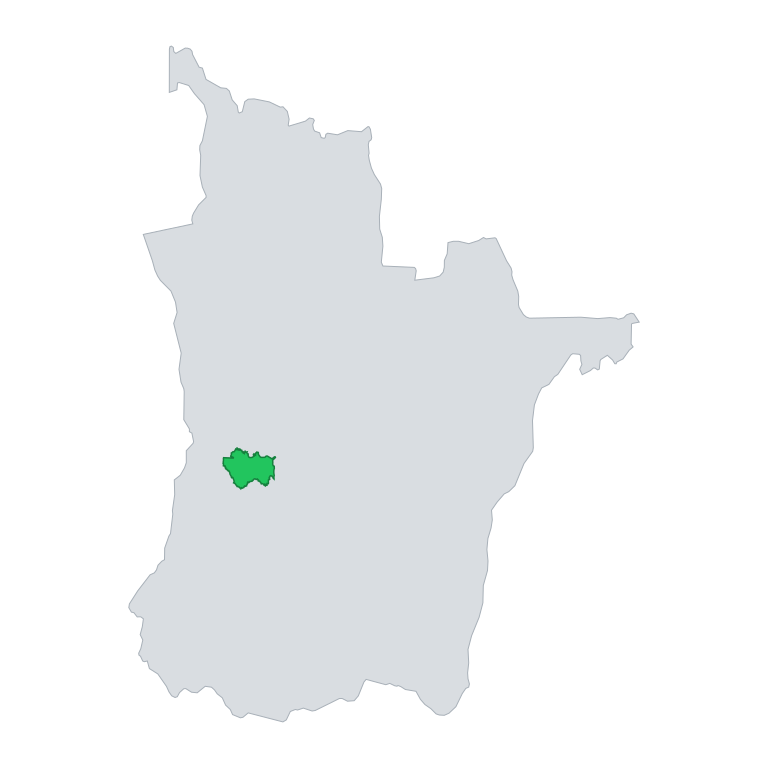 location of Punia, Maniema, Democratic Republic of the Congo, rotated 180°
{"feature_id": "63176286B1925057871065", "entity_name": "Punia", "entity_type": "district", "adm_level": 2, "iso_a3": "COD", "parent_name": "Democratic Republic of the Congo", "parent_adm1": "Maniema", "projection": "equal_earth", "projection_center": [26.813, -1.707], "detail": "fine", "context": "in_parent", "style": "filled", "palette": "green", "viewbox_px": 768, "rotation_deg": 180, "n_neighbors": 0, "source": "geoboundaries", "source_scale": "gbopen_adm2", "svg_char_len": 9077}
<svg xmlns="http://www.w3.org/2000/svg" viewBox="0 0 768 768"><g transform="rotate(180 384 384)"><path d="M624.7,533.6L575.2,544.1L576.2,547.9L575.7,551.8L574.4,554.9L569.4,563.1L561.9,570.6L561.9,572.4L565.6,580.9L568.0,592.4L567.3,612.7L568.3,618.2L568.1,622.4L565.6,627.2L560.6,651.6L563.9,663.3L573.6,674.4L579.3,682.5L588.9,685.5L590.5,685.0L591.1,678.2L598.7,675.6L598.6,718.9L598.0,721.4L596.6,721.9L594.7,720.5L594.2,716.4L592.2,714.6L582.8,719.9L580.4,719.8L577.8,718.9L576.0,716.7L575.4,713.4L568.9,700.8L565.6,699.9L562.0,688.6L547.3,680.2L541.6,679.6L538.7,677.0L535.8,668.1L530.8,662.3L529.7,655.9L528.8,655.0L525.7,656.3L523.2,666.4L519.8,668.8L513.8,669.1L498.7,666.1L487.8,660.9L485.0,661.2L480.7,656.6L478.9,648.8L479.8,642.8L479.0,641.9L462.5,646.9L458.6,650.0L454.8,649.2L453.7,647.6L455.3,643.4L454.5,638.9L453.3,636.9L448.4,635.2L446.8,630.4L443.8,629.7L442.8,630.4L442.1,633.7L440.3,634.8L430.5,633.2L420.2,637.4L406.5,636.3L400.0,641.4L399.0,641.2L397.6,638.7L396.3,630.4L396.9,628.2L399.0,626.6L399.7,623.2L398.9,614.7L399.5,612.7L398.7,607.7L396.6,599.9L393.7,593.5L387.5,583.9L386.3,579.4L386.7,568.6L388.6,551.6L388.3,538.9L385.7,530.7L385.1,521.8L386.7,505.8L385.1,502.0L353.7,500.6L352.4,499.4L351.8,497.2L353.2,487.8L334.1,490.2L328.3,492.0L324.8,495.9L323.7,500.7L323.6,507.6L320.8,514.2L320.0,525.4L314.7,526.7L309.4,526.7L299.2,524.3L289.3,527.5L284.5,530.5L281.9,529.1L273.0,530.2L271.8,529.4L261.5,507.3L256.9,499.9L256.0,496.3L256.3,492.9L255.0,488.3L250.2,476.9L249.3,471.6L249.5,463.3L248.9,460.5L244.6,453.4L241.7,451.0L238.6,449.8L187.3,450.8L170.3,449.4L158.0,450.4L151.7,449.8L150.0,448.7L144.3,450.2L141.4,453.2L136.9,454.8L134.2,454.1L128.8,445.9L136.0,444.5L136.5,443.7L136.9,423.9L134.9,421.1L138.8,417.8L145.0,409.1L151.1,406.0L151.9,404.2L153.2,404.3L155.4,408.0L160.7,412.7L167.2,408.5L167.9,407.3L168.7,398.9L170.3,398.1L173.1,400.0L174.7,400.0L177.5,397.5L185.8,393.3L188.3,398.7L186.1,403.6L187.1,407.1L187.4,412.5L188.7,413.7L195.3,414.3L197.2,413.0L210.2,393.6L213.6,391.3L219.1,383.6L226.3,380.1L229.5,374.0L233.6,363.1L235.5,347.5L234.7,320.3L235.3,316.7L244.0,304.5L253.1,282.3L259.2,276.4L263.8,274.1L270.8,266.0L276.5,257.8L275.7,248.0L277.0,239.8L280.1,229.5L281.1,218.5L280.0,207.0L280.5,197.5L284.7,182.5L285.1,165.2L288.9,150.7L296.4,132.3L300.0,118.6L299.3,105.0L300.4,95.1L300.0,89.2L298.6,84.1L299.3,80.9L302.2,79.6L305.7,74.5L312.1,61.3L319.0,54.8L323.7,52.7L328.7,53.0L331.9,54.1L337.1,59.3L343.1,63.5L347.6,68.7L352.0,76.7L362.6,78.5L367.2,81.4L370.0,82.5L371.0,81.8L373.2,82.2L378.2,84.6L382.2,83.3L401.9,88.6L404.1,85.9L409.7,72.1L413.8,67.3L420.5,66.8L425.8,69.5L428.6,69.5L452.8,57.5L455.9,57.0L464.7,59.9L470.4,58.0L472.7,58.5L477.7,56.5L481.7,48.1L485.1,46.1L519.8,55.1L525.1,50.7L527.6,50.2L535.4,53.4L537.7,58.5L542.4,62.9L545.7,70.2L550.8,74.2L553.5,78.1L556.5,80.8L562.8,81.7L570.8,75.2L576.5,75.8L582.2,79.4L584.2,79.3L588.5,75.4L590.7,71.3L592.9,70.5L596.3,72.2L599.0,76.1L601.5,81.6L610.2,94.1L618.6,99.4L620.7,107.0L623.7,106.3L625.3,107.0L627.5,111.8L629.0,112.8L629.3,114.8L627.2,119.3L625.2,128.0L627.8,133.4L625.7,141.2L624.6,149.2L627.3,151.2L630.8,151.1L634.1,155.3L636.6,155.9L639.2,160.4L638.6,164.1L630.3,177.1L617.9,193.2L613.7,195.1L611.5,198.1L610.0,202.8L606.3,206.7L603.5,208.3L603.3,219.9L599.1,231.9L597.5,234.4L595.2,253.9L595.6,257.3L593.3,273.3L593.7,288.1L587.7,292.8L583.5,300.1L581.7,305.2L581.7,317.3L574.9,324.7L574.4,326.4L576.1,334.9L578.6,336.3L578.6,339.1L584.2,348.3L583.8,376.5L584.2,379.3L587.0,385.9L589.0,398.7L586.8,414.9L594.3,444.6L590.9,455.5L592.5,465.9L597.0,476.9L607.6,487.6L610.4,492.0L613.1,498.0L615.6,507.2L624.7,533.6Z" fill="#d9dde1" stroke="#a8b0b8" stroke-width="1"/><path d="M521.0,316.0L521.3,315.9L521.7,315.9L521.8,315.9L522.1,316.1L522.3,316.0L522.4,316.4L522.6,316.5L522.7,316.8L522.9,316.8L522.9,316.6L522.7,316.5L522.8,316.3L522.9,316.2L523.0,316.1L522.8,315.9L522.9,315.7L523.1,315.7L523.2,315.4L523.5,315.2L523.6,314.9L523.7,315.1L523.7,315.4L523.8,315.6L524.0,315.8L524.1,315.7L524.0,315.3L523.9,314.9L524.0,314.7L524.3,315.0L524.5,315.6L524.7,315.3L524.8,315.2L524.9,315.5L525.1,315.7L525.1,316.1L525.4,316.3L525.6,316.2L525.6,316.4L525.7,316.6L526.1,316.7L526.2,317.1L526.2,317.5L526.3,317.8L526.5,317.8L526.6,317.5L526.9,317.7L527.0,317.6L527.4,317.8L527.7,317.8L527.5,318.3L527.7,318.7L527.9,318.8L527.9,318.7L527.9,318.4L528.3,317.9L528.5,317.9L528.7,318.0L528.5,318.6L528.7,318.4L528.8,318.3L529.0,318.4L529.1,318.1L529.3,318.2L529.2,318.7L529.2,318.9L529.3,319.0L529.4,318.9L529.4,318.5L529.5,318.3L529.7,318.2L529.8,318.1L529.9,318.3L529.6,318.5L529.8,318.7L529.9,318.3L530.0,318.3L530.0,318.9L530.1,319.0L530.2,318.8L530.3,318.7L530.7,318.9L530.7,319.3L530.7,319.8L530.8,320.0L531.0,320.0L531.0,319.9L531.0,319.4L531.1,319.2L531.3,318.9L531.4,318.6L531.5,318.4L531.8,318.5L531.8,318.9L532.1,318.9L532.3,319.0L532.5,318.5L533.1,317.3L534.0,316.2L534.5,316.2L534.9,316.3L535.5,315.9L535.9,315.4L536.7,315.0L536.7,314.6L536.5,314.1L536.7,313.3L537.1,312.3L537.3,311.7L537.2,311.5L536.8,311.3L536.2,311.3L535.1,310.8L534.7,310.5L534.6,310.2L534.8,309.9L544.4,310.3L544.6,309.4L544.5,308.0L544.5,307.6L544.7,306.8L544.7,305.7L544.8,305.5L544.8,305.3L544.7,305.0L544.9,304.6L544.7,304.4L544.5,304.1L544.6,302.8L544.6,302.6L544.4,302.7L544.3,302.4L544.1,302.0L543.9,301.9L543.7,301.9L543.3,302.1L543.2,302.0L542.9,302.0L542.8,301.7L542.8,301.3L542.6,301.1L542.6,300.9L542.8,300.4L542.7,300.3L542.6,300.2L542.5,299.7L542.2,299.8L542.2,299.7L542.2,299.4L542.1,299.1L541.9,298.9L541.3,298.9L541.1,298.7L541.1,298.4L540.8,298.3L540.6,297.9L540.3,297.8L540.1,297.4L539.9,297.5L539.8,297.4L539.6,297.1L539.3,297.2L539.2,297.0L539.1,296.8L538.7,296.6L538.7,296.1L538.5,295.9L538.4,295.8L538.2,295.4L538.2,295.2L538.2,294.9L537.9,293.6L537.2,292.4L536.9,292.0L536.8,291.6L536.7,291.0L536.6,290.7L536.1,290.2L535.6,290.7L535.4,290.7L535.1,290.4L533.9,287.1L533.8,286.7L533.9,286.4L534.4,285.2L534.1,285.1L533.8,284.8L533.5,284.9L533.3,284.9L532.9,284.2L532.5,284.0L532.3,283.7L532.1,283.2L531.7,282.7L531.0,281.8L530.9,281.5L530.7,281.5L530.5,281.8L530.3,281.8L529.7,281.1L528.9,281.0L528.6,280.8L528.4,280.3L528.3,280.2L528.1,280.0L527.4,279.9L527.3,279.7L527.1,279.2L527.0,279.3L527.0,279.5L527.0,279.8L526.9,280.1L526.6,280.3L526.3,279.9L525.8,279.9L525.4,279.9L525.2,280.1L524.8,280.4L524.3,280.4L524.1,280.5L523.9,281.4L523.5,282.0L523.2,281.9L522.9,281.7L522.5,281.9L522.2,281.8L522.0,282.1L521.4,282.2L521.4,282.4L521.4,282.6L521.4,282.8L521.1,283.2L521.1,283.6L521.0,283.8L520.6,284.0L520.4,284.4L520.5,285.0L520.4,285.7L520.2,286.0L519.5,285.7L519.1,285.4L518.9,285.5L518.7,286.2L518.6,286.4L517.6,286.4L517.3,286.6L516.2,286.7L515.9,286.8L515.7,287.4L515.4,287.3L515.1,287.5L514.9,288.0L514.5,288.2L514.3,288.5L513.9,289.0L513.5,289.0L513.3,289.2L512.7,289.1L512.4,288.9L512.1,288.6L511.9,288.5L511.7,288.5L511.4,288.7L510.7,289.0L510.5,288.7L510.1,288.5L509.8,288.2L510.0,288.0L510.0,287.8L510.0,287.6L509.9,287.2L509.4,287.1L509.2,286.9L509.0,286.7L508.9,286.7L508.6,286.7L508.3,286.9L508.2,286.8L507.9,286.1L507.7,285.8L507.3,285.6L507.0,284.9L506.9,284.3L506.7,284.1L506.1,284.4L505.8,284.4L505.4,284.3L505.2,284.2L504.7,283.8L504.0,282.9L503.8,282.8L503.6,282.8L503.5,283.0L503.5,283.4L503.4,283.9L503.3,284.0L503.1,284.0L502.9,283.7L502.9,283.3L502.9,282.9L502.8,282.1L502.7,282.0L501.8,282.9L501.7,283.0L501.1,282.7L500.9,282.9L501.2,283.8L501.1,284.2L501.0,284.3L501.0,284.5L500.6,284.4L500.3,284.3L499.9,284.3L499.7,284.3L499.6,284.5L499.6,285.0L499.5,285.3L499.7,285.9L499.6,286.6L499.6,288.0L499.5,288.3L499.4,288.4L499.1,288.5L498.6,288.4L498.4,288.5L498.2,288.8L498.2,289.0L498.5,289.4L498.7,289.6L498.8,290.1L498.7,290.7L498.5,290.8L498.2,290.9L498.1,291.0L498.2,291.6L497.7,292.2L497.3,292.3L496.6,292.0L496.0,292.0L495.9,291.9L495.8,291.4L495.6,291.1L495.1,290.8L494.9,290.5L494.8,289.7L494.5,289.5L494.0,289.0L494.0,289.9L494.2,290.9L494.1,291.4L493.9,291.9L493.8,292.4L494.2,295.0L494.2,297.2L494.1,297.8L494.1,298.3L493.7,299.4L493.7,299.7L493.8,301.8L494.6,302.1L494.8,302.5L495.0,302.8L495.2,303.3L495.3,304.5L495.2,305.3L495.3,307.1L495.3,307.8L494.8,308.4L494.5,308.6L493.8,309.3L493.3,309.7L493.0,310.3L492.8,310.4L492.6,310.5L492.7,310.9L492.9,311.2L493.1,311.2L493.6,311.1L494.6,310.3L494.7,310.1L494.8,310.0L495.3,309.8L495.8,309.3L496.6,309.4L496.9,309.7L497.4,310.1L498.0,310.3L499.9,311.5L500.9,312.0L501.2,312.0L502.3,311.6L502.9,310.8L503.2,310.7L505.9,310.6L506.4,310.6L506.8,310.7L507.3,310.7L507.9,311.2L509.0,312.8L509.6,313.6L509.7,314.3L509.6,315.0L509.7,315.5L509.8,315.6L510.0,315.7L510.6,315.6L510.8,315.8L511.0,315.9L511.1,315.5L511.2,315.4L511.5,315.5L511.8,315.2L512.0,315.2L512.4,314.5L512.4,314.4L512.3,314.1L512.4,313.7L512.5,313.1L512.5,312.9L513.0,313.2L513.4,313.3L513.7,313.9L513.9,313.9L514.1,314.1L514.6,313.5L514.6,313.0L514.3,312.6L513.6,312.1L513.9,311.8L515.1,311.1L515.7,310.6L518.0,310.4L519.1,310.8L519.3,311.2L519.9,312.6L519.8,314.0L520.4,314.2L520.6,314.4L520.9,314.9L521.1,315.2L521.2,315.5L521.0,316.0Z" fill="#22c55e" stroke="#15803d" stroke-width="1.5"/></g></svg>